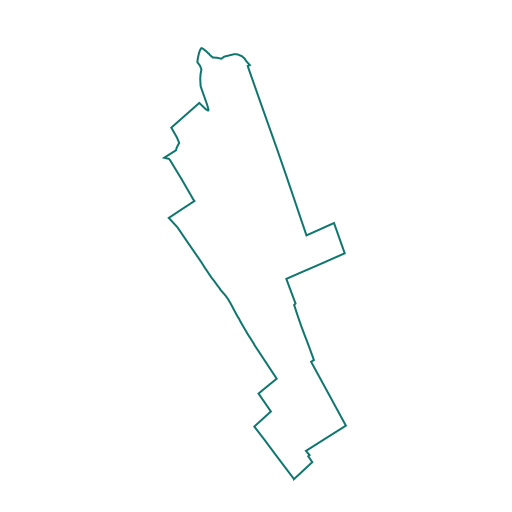 Independenta, Calarasi, Romania (Robinson projection), rotated 134°
{"feature_id": "2599482B9869535617898", "entity_name": "Independenta", "entity_type": "district", "adm_level": 2, "iso_a3": "ROU", "parent_name": "Romania", "parent_adm1": "Calarasi", "projection": "robinson", "projection_center": [27.18, 44.323], "detail": "fine", "context": "isolated", "style": "outline", "palette": "teal", "viewbox_px": 512, "rotation_deg": 134, "n_neighbors": 0, "source": "geoboundaries", "source_scale": "gbopen_adm2", "svg_char_len": 2665}
<svg xmlns="http://www.w3.org/2000/svg" viewBox="0 0 512 512"><g transform="rotate(134 256 256)"><path d="M379.9,138.7L380.0,138.1L380.8,132.4L381.5,127.9L382.3,122.3L385.1,105.3L387.6,89.5L389.5,77.4L390.0,73.8L390.1,73.7L389.6,73.6L388.1,73.6L380.2,73.1L377.8,73.0L366.4,72.4L365.2,72.3L364.7,74.6L364.5,75.8L364.4,76.3L363.8,79.3L362.9,79.3L362.0,79.2L361.8,82.0L361.5,84.7L347.9,81.4L338.5,79.1L315.6,73.5L306.6,102.1L293.8,142.9L290.6,142.1L285.0,153.6L282.4,159.0L280.7,162.7L279.0,166.4L276.6,171.4L274.2,176.4L274.1,176.5L272.6,179.5L271.2,182.3L269.0,186.5L265.0,194.0L264.9,194.2L264.8,194.3L264.8,194.5L262.7,194.6L251.4,218.3L236.3,212.1L221.2,205.8L206.8,199.9L196.5,195.7L193.0,194.3L192.4,194.1L178.1,222.8L206.1,234.0L201.1,243.8L183.3,278.2L182.8,279.3L177.7,289.1L164.4,315.3L144.2,355.9L139.2,365.9L126.4,391.4L125.1,393.9L123.0,393.1L123.0,393.6L122.9,394.2L122.9,394.3L122.8,395.2L122.8,395.8L122.7,397.3L122.5,398.7L122.2,400.2L122.0,400.5L121.9,401.3L122.0,403.1L122.0,404.8L122.9,407.0L123.7,409.2L124.7,410.4L125.7,411.7L130.3,414.6L132.5,416.0L134.8,417.4L138.1,417.9L140.5,421.8L141.6,423.1L142.7,424.4L143.1,424.7L143.3,425.9L143.4,427.1L143.4,429.6L143.1,430.7L143.3,431.0L143.4,431.3L143.3,432.3L143.3,433.4L143.4,434.4L143.5,435.5L143.6,436.2L143.6,437.0L143.7,437.7L143.8,438.3L144.1,439.0L144.3,439.6L144.7,439.7L145.1,439.7L147.2,439.1L150.3,437.6L150.6,437.4L154.3,435.1L155.8,434.0L157.3,432.8L157.7,430.6L158.1,428.3L158.9,426.6L159.7,424.9L161.7,423.5L163.7,422.2L165.6,420.6L167.4,419.1L169.9,416.4L172.4,413.7L176.7,405.1L181.0,396.5L182.4,394.1L183.8,391.7L184.7,391.6L185.0,392.9L185.3,394.3L185.3,403.1L203.9,404.6L222.5,406.1L224.1,400.6L225.7,395.1L226.9,392.4L228.1,389.7L229.6,389.4L230.7,389.1L233.6,388.1L235.5,387.0L235.9,387.1L242.5,388.7L249.1,390.3L247.9,388.2L246.6,386.2L246.7,385.2L246.8,384.2L249.6,373.7L252.3,363.3L255.6,351.9L258.9,340.4L259.2,338.5L274.2,341.9L289.2,345.2L289.9,332.7L293.8,313.9L297.0,298.0L297.6,295.0L298.5,290.8L299.1,288.2L299.7,285.8L300.2,283.7L301.0,279.8L301.9,275.8L302.2,274.4L302.5,273.0L302.7,271.3L302.9,269.6L303.2,267.7L303.6,265.8L303.6,265.5L303.9,264.0L304.2,262.1L304.4,260.7L304.6,259.3L304.7,258.9L304.9,258.7L305.0,258.5L305.2,255.7L305.5,252.1L305.8,249.5L306.2,247.6L306.5,245.8L307.1,243.8L307.8,241.3L308.6,238.8L309.2,237.0L309.8,235.2L311.2,230.8L311.8,229.0L312.3,227.3L312.6,226.2L312.8,225.0L313.4,223.3L314.2,220.9L314.9,218.5L316.4,213.2L317.9,207.9L319.3,202.0L320.7,196.1L321.0,195.8L325.5,175.6L326.1,172.9L329.9,155.9L341.6,157.3L347.4,158.0L353.2,158.6L357.5,137.3L376.0,138.5L379.9,138.7Z" fill="none" stroke="#0f766e" stroke-width="2"/></g></svg>